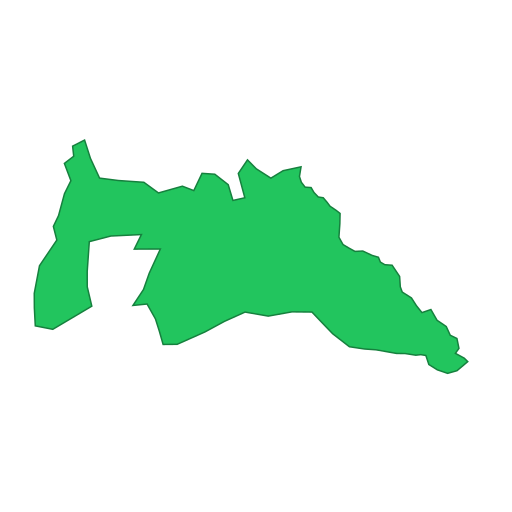 Kalapanagiotis, Nicosia, Cyprus, rotated 94°
{"feature_id": "46923920B11517267441336", "entity_name": "Kalapanagiotis", "entity_type": "district", "adm_level": 2, "iso_a3": "CYP", "parent_name": "Cyprus", "parent_adm1": "Nicosia", "projection": "robinson", "projection_center": [32.834, 35.038], "detail": "fine", "context": "isolated", "style": "filled", "palette": "green", "viewbox_px": 512, "rotation_deg": 94, "n_neighbors": 0, "source": "geoboundaries", "source_scale": "gbopen_adm2", "svg_char_len": 1456}
<svg xmlns="http://www.w3.org/2000/svg" viewBox="0 0 512 512"><g transform="rotate(94 256 256)"><path d="M346.6,37.4L343.4,41.1L339.2,50.3L334.0,47.1L324.3,49.8L321.5,56.7L313.1,61.3L311.3,64.3L307.5,70.9L297.2,77.8L300.9,86.5L294.4,92.5L287.0,98.0L281.8,107.6L276.7,109.9L266.4,111.3L255.7,119.6L255.7,126.9L253.4,131.5L248.7,133.8L247.3,140.2L243.6,149.8L244.5,157.6L241.3,164.5L238.5,170.0L231.5,174.6L218.0,174.6L207.7,175.1L204.9,179.2L201.2,185.6L197.4,188.9L193.2,193.0L192.8,198.0L188.6,202.6L183.9,205.8L183.9,211.8L179.3,215.9L173.7,218.2L163.9,217.3L169.0,234.9L177.3,246.6L169.0,261.8L160.7,271.2L174.9,279.4L198.7,271.2L202.2,282.9L186.8,288.7L177.3,302.8L177.3,315.6L195.1,322.6L191.5,334.3L199.9,357.7L190.3,373.0L190.3,398.7L189.2,417.5L170.1,428.0L152.3,435.1L159.2,446.6L169.2,444.8L177.0,453.6L193.8,445.9L207.2,451.4L229.5,455.8L240.6,460.2L254.0,455.8L280.8,471.3L308.7,474.6L323.2,473.5L341.1,471.3L343.3,453.6L317.5,416.3L298.5,422.2L283.0,423.3L268.8,423.3L253.3,423.3L246.2,402.2L242.6,371.8L257.6,377.9L255.7,351.9L280.6,361.3L297.3,365.9L313.9,375.3L311.5,361.3L325.8,351.9L337.7,347.2L350.7,342.5L349.6,328.5L335.3,301.6L323.4,282.9L312.7,263.0L315.1,239.6L309.2,216.2L308.0,196.3L318.7,184.6L328.2,174.1L340.0,156.5L341.2,141.3L341.2,129.7L343.4,109.0L342.9,100.3L343.8,89.7L342.9,84.7L343.4,79.6L352.2,76.0L356.9,67.2L358.4,61.5L359.7,56.7L356.4,47.5L346.6,37.4Z" fill="#22c55e" stroke="#15803d" stroke-width="1.5"/></g></svg>